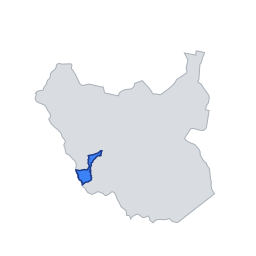 location of Ezo, Western Equatoria, South Sudan, rotated 11°
{"feature_id": "79223893B74346966367837", "entity_name": "Ezo", "entity_type": "district", "adm_level": 2, "iso_a3": "SSD", "parent_name": "South Sudan", "parent_adm1": "Western Equatoria", "projection": "natural_earth1", "projection_center": [27.738, 5.603], "detail": "fine", "context": "in_parent", "style": "filled", "palette": "blue", "viewbox_px": 256, "rotation_deg": 11, "n_neighbors": 0, "source": "geoboundaries", "source_scale": "gbopen_adm2", "svg_char_len": 4786}
<svg xmlns="http://www.w3.org/2000/svg" viewBox="0 0 256 256"><g transform="rotate(11 128 128)"><path d="M202.9,202.0L195.7,210.3L195.2,210.8L194.3,211.4L191.5,211.5L188.5,211.0L185.7,208.9L182.9,210.6L181.1,211.1L180.1,211.3L177.6,211.5L174.1,212.4L172.5,213.6L171.7,214.4L171.0,216.1L170.6,216.2L170.0,216.0L169.1,215.4L167.2,214.4L166.2,212.4L165.4,211.1L164.7,210.5L161.7,212.5L160.3,213.0L159.1,213.0L156.9,211.8L154.5,210.8L153.3,210.8L151.5,212.1L149.4,213.9L148.3,215.7L147.8,216.8L147.1,215.1L146.4,214.1L145.4,213.7L143.4,214.1L142.9,213.5L142.8,212.1L142.5,210.8L142.0,209.8L140.5,208.8L136.5,206.8L133.5,202.9L131.9,201.0L130.8,199.8L129.2,196.7L127.4,194.5L125.2,193.5L123.8,194.0L122.3,196.3L119.5,198.5L118.2,198.6L116.5,197.4L114.5,196.6L110.7,196.2L109.2,197.2L107.2,198.9L105.5,199.9L104.4,200.0L103.4,199.6L102.3,199.4L101.3,199.3L99.4,197.8L98.3,196.7L97.6,195.6L96.5,194.9L95.2,194.3L94.3,193.4L93.8,192.2L93.0,190.6L92.1,189.3L89.0,186.8L88.1,185.3L87.5,183.9L86.3,182.3L84.9,180.2L84.5,177.2L84.4,174.7L84.2,173.6L83.6,172.4L83.0,171.4L81.9,170.3L79.4,168.8L76.9,166.9L75.6,165.8L73.3,165.4L71.9,164.4L70.7,162.1L70.3,160.2L69.1,158.8L68.6,157.7L68.3,156.5L69.2,152.9L67.9,151.6L65.9,149.9L64.4,148.1L63.6,146.4L61.0,144.1L55.3,140.8L52.1,138.7L50.3,136.8L48.7,134.9L48.6,134.1L49.6,132.3L49.7,130.7L48.9,129.0L45.5,125.8L42.9,122.3L40.8,121.2L35.9,120.3L34.5,119.9L33.0,119.2L31.6,117.6L31.1,115.8L31.8,112.8L31.3,111.8L30.5,111.6L30.7,111.0L31.7,109.5L33.2,108.6L37.3,107.1L37.5,106.5L37.6,104.7L37.9,103.7L39.3,101.1L39.5,100.1L39.6,97.9L39.8,96.9L40.2,96.1L41.3,94.8L41.7,94.1L41.8,92.4L41.7,89.0L42.3,87.7L44.9,84.7L45.6,83.3L45.8,82.1L45.8,80.9L45.9,79.6L46.7,78.5L47.3,78.1L49.2,77.7L50.5,78.0L59.5,75.9L60.5,76.2L61.0,77.4L60.9,79.4L61.1,80.3L61.6,81.0L63.0,81.9L64.0,83.5L64.5,84.1L65.9,85.1L72.6,94.1L74.5,94.9L76.3,94.6L80.0,92.8L81.8,92.3L94.5,92.8L95.9,92.5L96.0,92.6L97.9,97.1L98.8,98.1L112.7,98.2L112.5,96.9L112.6,95.4L115.1,92.7L115.4,92.4L117.6,91.1L119.7,90.2L123.7,89.1L125.2,87.5L126.0,86.0L126.0,83.1L126.6,82.6L127.5,82.0L132.2,79.3L133.0,78.8L141.2,84.9L145.9,89.7L146.2,89.9L146.4,90.0L146.6,89.8L146.8,89.6L147.4,89.4L149.4,89.3L153.1,89.1L154.4,88.5L161.9,79.9L163.8,77.2L164.2,76.6L165.3,74.7L166.5,71.3L166.7,71.0L174.9,62.9L175.2,62.3L175.3,61.8L174.0,59.1L173.7,57.7L173.7,55.6L173.9,52.3L173.8,50.2L173.7,49.6L169.0,43.6L180.6,43.5L180.6,42.8L180.6,42.5L180.4,41.8L180.2,40.9L180.2,40.4L180.3,39.9L180.3,39.6L180.3,39.4L180.3,39.2L188.7,39.3L188.6,41.0L187.6,44.9L187.6,47.3L187.4,50.0L187.1,50.8L186.7,51.4L186.5,51.7L186.5,52.0L188.3,67.1L188.2,67.8L187.7,68.7L187.6,69.0L187.6,69.3L187.8,69.4L191.6,71.1L191.8,71.2L192.0,71.3L193.4,73.2L201.0,80.4L201.2,80.7L202.0,83.0L202.1,83.3L202.1,83.9L202.1,84.3L201.9,85.6L202.0,86.2L202.1,86.6L202.2,87.1L202.2,87.3L202.2,87.6L201.1,90.2L200.7,92.0L200.6,93.6L200.7,94.5L200.8,95.1L200.9,95.3L201.0,95.4L204.3,95.4L204.3,96.2L204.8,109.8L204.8,111.4L204.7,113.3L204.3,114.0L203.4,115.1L202.2,116.1L199.3,116.4L196.8,116.3L195.1,116.1L192.7,116.0L190.4,116.2L189.6,117.1L186.7,124.3L185.8,126.1L185.5,127.2L185.8,127.8L187.0,128.7L189.5,130.0L192.4,130.7L194.6,131.1L196.1,131.4L197.2,131.8L201.4,135.1L202.7,136.6L203.5,138.0L203.6,139.4L204.2,140.9L208.0,145.4L211.6,147.5L213.0,149.9L214.4,151.1L215.6,152.4L216.3,154.3L217.9,159.7L218.9,162.6L220.0,164.9L220.5,168.7L221.3,170.4L222.2,172.4L223.7,174.3L225.2,175.7L225.5,176.1L210.0,193.8L202.9,202.0Z" fill="#d9dde1" stroke="#a8b0b8" stroke-width="1"/><path d="M106.7,155.7L106.7,155.3L105.3,155.7L103.6,158.1L99.2,160.7L94.3,162.7L95.5,165.4L95.6,165.6L94.8,166.9L95.6,168.0L95.4,169.9L97.4,172.7L96.1,176.7L92.5,177.3L88.8,179.0L84.9,179.1L85.0,179.3L85.3,179.7L85.4,179.9L85.5,180.2L85.5,180.3L85.8,180.7L86.0,181.2L86.2,181.6L86.3,181.8L86.7,182.0L86.8,182.1L87.0,182.2L87.1,182.3L87.5,182.6L87.7,183.0L87.7,183.4L87.7,183.5L87.9,183.7L88.2,184.0L88.3,184.0L88.5,184.4L88.5,184.5L88.4,184.6L88.5,185.0L88.4,185.1L88.2,185.7L88.3,185.8L88.6,186.1L88.8,186.1L88.9,186.4L89.0,186.7L89.2,187.0L89.6,187.4L89.7,187.5L89.9,187.9L90.1,188.1L90.4,188.3L90.6,188.3L91.0,188.4L91.3,188.4L91.5,188.4L92.0,188.5L92.3,188.7L92.4,188.8L92.4,189.0L92.6,189.2L92.8,189.5L92.7,190.0L92.8,190.4L93.0,190.5L93.4,190.4L93.5,190.3L93.8,190.4L93.9,190.8L94.0,191.2L94.1,191.5L94.1,191.8L94.0,192.0L93.9,192.1L93.8,192.3L93.9,192.5L97.0,189.1L99.0,188.6L99.7,187.8L101.5,186.5L101.9,184.0L101.1,183.3L101.2,182.0L100.4,181.9L99.9,178.8L99.0,178.4L99.4,177.9L98.9,177.6L99.5,177.0L98.5,176.3L99.0,175.8L98.6,173.2L99.2,172.0L98.6,169.6L98.6,169.0L99.8,168.3L99.8,166.9L100.7,165.2L102.0,163.7L102.0,163.0L104.2,160.6L105.7,160.8L106.6,160.2L106.1,159.8L106.7,158.3L106.1,155.9L106.7,155.7Z" fill="#3b82f6" stroke="#1e3a8a" stroke-width="1.5"/></g></svg>